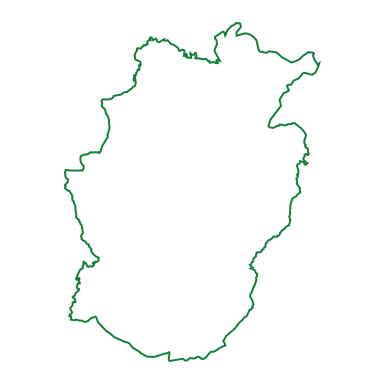 Bukama, Katanga, Democratic Republic of the Congo (Mercator projection)
{"feature_id": "63176286B12691977822681", "entity_name": "Bukama", "entity_type": "district", "adm_level": 2, "iso_a3": "COD", "parent_name": "Democratic Republic of the Congo", "parent_adm1": "Katanga", "projection": "mercator", "projection_center": [26.071, -8.833], "detail": "fine", "context": "isolated", "style": "outline", "palette": "green", "viewbox_px": 384, "rotation_deg": 0, "n_neighbors": 0, "source": "geoboundaries", "source_scale": "gbopen_adm2", "svg_char_len": 5817}
<svg xmlns="http://www.w3.org/2000/svg" viewBox="0 0 384 384"><path d="M304.2,160.7L303.2,158.5L304.7,156.3L304.6,154.7L306.6,154.0L307.5,155.0L308.0,155.0L308.6,154.6L308.7,153.6L308.1,152.0L307.9,148.7L305.4,147.0L305.0,146.2L305.8,145.0L304.5,143.7L304.3,140.3L306.1,135.7L305.3,133.4L301.8,128.8L294.5,123.0L292.5,123.2L291.3,124.1L287.9,124.2L285.6,125.4L279.8,124.5L278.9,125.7L277.1,125.8L275.3,127.2L274.5,127.2L273.3,127.9L269.8,127.4L268.4,126.0L270.4,119.7L281.0,105.8L279.6,99.6L283.6,93.2L287.6,91.5L288.8,90.4L286.9,85.9L288.1,84.9L290.8,84.8L293.8,80.6L298.6,78.4L303.0,73.2L305.0,72.9L312.1,74.8L315.4,72.6L318.4,66.3L319.1,63.6L318.0,64.7L317.3,64.6L317.1,63.2L315.4,61.7L313.0,55.9L313.2,54.6L313.8,54.2L313.5,52.8L308.6,52.1L302.6,56.1L300.4,58.6L295.7,61.2L291.3,62.5L281.6,56.9L276.6,52.5L268.9,51.3L266.6,52.8L263.8,52.4L262.6,51.8L260.2,51.7L259.4,51.1L258.5,49.3L256.4,40.0L253.6,37.0L250.8,35.0L247.6,33.7L245.0,33.4L236.6,35.7L236.5,32.4L240.9,26.9L240.3,23.7L239.0,23.1L238.0,23.4L236.2,23.0L233.6,25.2L231.6,25.9L227.0,30.7L226.2,33.7L225.2,35.5L224.5,32.6L222.8,31.6L215.0,36.9L215.0,38.6L216.5,40.2L217.0,44.2L214.9,48.8L214.6,51.2L219.8,60.8L217.4,59.8L216.7,60.1L216.3,60.7L218.0,62.9L217.3,63.2L215.6,63.0L213.2,61.8L211.9,62.5L209.7,62.7L209.4,61.0L208.3,61.2L206.1,59.0L202.1,59.2L199.0,58.4L195.9,58.5L195.1,57.9L195.3,57.3L196.5,56.7L196.6,55.4L196.1,54.7L195.7,52.8L194.9,53.3L194.2,54.8L191.9,54.7L190.4,53.1L190.3,54.0L191.1,55.5L191.2,57.9L188.7,57.8L187.9,57.1L186.8,57.5L186.4,57.1L186.8,54.5L186.3,53.9L185.5,54.0L185.1,56.1L183.8,55.9L184.5,51.0L183.9,50.1L181.6,49.9L180.6,50.7L179.1,50.7L177.8,47.7L173.4,44.6L171.3,44.2L167.6,40.2L165.0,40.8L164.3,40.4L164.3,39.2L159.3,42.1L157.2,41.4L156.4,39.1L155.5,38.6L153.4,40.1L152.5,40.1L152.2,38.4L151.5,37.4L150.5,37.4L149.8,37.9L150.2,40.4L148.8,40.2L147.3,41.7L147.2,42.6L147.8,43.8L147.0,44.7L146.1,44.6L145.4,45.5L143.8,45.0L143.0,46.4L141.9,46.8L140.8,48.7L138.6,48.2L137.0,48.7L136.9,50.8L135.5,52.6L134.6,56.0L135.2,57.6L134.9,58.5L135.4,59.5L140.2,61.7L140.8,64.3L140.4,65.4L139.3,64.9L138.9,65.7L139.4,66.8L139.3,69.8L138.6,70.0L138.0,69.5L137.6,70.0L137.2,71.7L136.2,72.8L135.7,75.5L134.6,75.1L134.0,75.6L134.3,77.2L133.5,79.4L133.9,80.4L135.1,78.2L135.8,82.9L134.9,85.8L133.0,86.9L131.2,89.1L130.3,89.2L129.3,90.4L128.4,90.7L127.3,92.0L125.5,92.0L123.2,92.9L121.0,94.6L114.7,95.7L113.5,96.3L112.7,98.0L110.5,99.1L107.2,99.5L103.0,99.3L102.0,99.8L101.6,101.0L102.2,103.6L101.8,105.3L102.1,106.5L104.6,109.0L105.6,111.3L105.9,114.0L107.1,114.7L109.1,119.7L109.0,123.2L109.6,127.6L108.4,132.4L107.4,134.2L107.8,136.8L102.0,146.4L100.8,151.0L99.5,152.9L98.4,152.1L97.5,152.7L95.9,152.1L91.6,152.6L90.7,152.1L87.7,154.2L84.8,154.5L81.0,155.9L80.3,158.1L80.7,161.6L81.7,163.8L83.7,166.1L83.5,168.9L82.5,170.5L71.7,170.6L65.6,170.0L64.9,173.1L65.5,174.8L65.2,175.9L66.6,178.4L68.1,179.6L67.5,182.4L64.9,185.1L65.7,186.3L65.0,187.1L65.1,188.2L65.7,189.2L66.9,189.6L68.2,190.9L69.3,191.0L72.2,195.4L72.5,200.3L73.3,200.6L75.4,206.6L75.5,210.7L76.4,215.1L76.0,216.9L77.7,219.2L78.6,219.4L79.4,221.8L80.0,222.0L80.5,224.2L81.8,225.5L82.9,233.2L81.3,235.3L81.1,236.8L81.9,238.3L81.6,239.1L83.1,240.5L85.3,241.5L87.0,244.0L88.7,244.4L89.0,246.4L91.3,249.0L91.1,250.2L91.7,252.3L93.0,253.4L93.7,254.7L96.5,256.9L98.6,257.5L98.8,258.0L98.4,259.4L98.6,260.3L98.0,261.2L96.9,261.9L95.0,261.7L94.5,262.0L94.8,263.0L94.4,263.4L93.0,262.8L92.8,263.3L93.9,264.8L92.4,266.6L90.3,266.2L88.2,266.9L87.4,266.3L86.0,263.3L84.9,263.0L83.8,261.7L83.4,262.3L83.7,264.7L82.6,266.1L82.9,268.1L82.5,268.6L80.4,269.3L78.1,273.7L76.0,278.8L76.9,279.9L78.6,278.0L79.3,278.1L79.5,279.0L78.8,280.9L79.9,283.0L79.6,283.5L78.0,283.3L77.6,283.7L77.3,285.9L76.7,286.9L77.2,288.3L78.9,288.9L79.1,289.8L75.4,293.4L74.7,295.7L72.8,296.7L72.7,297.5L74.9,299.0L75.5,301.7L74.8,302.4L73.9,301.8L72.6,302.5L72.6,305.4L70.5,307.7L70.2,308.5L72.0,312.3L71.7,313.2L69.6,314.9L69.3,316.2L71.2,316.4L70.9,319.6L74.7,320.3L76.1,319.6L80.1,320.7L81.8,320.5L83.7,321.7L85.9,321.8L87.8,321.1L91.3,318.0L95.4,316.6L96.2,317.3L98.0,322.2L106.5,331.3L108.3,332.2L114.6,337.3L124.6,341.8L127.4,342.4L129.9,343.9L132.2,347.3L139.7,351.9L140.3,352.8L146.8,356.5L152.4,356.9L155.2,356.7L164.3,353.7L167.1,353.3L169.1,352.2L169.5,353.3L168.7,359.2L169.0,360.4L169.9,361.0L182.4,358.8L183.1,358.9L184.6,360.2L185.9,360.6L188.0,359.9L190.2,358.0L193.8,358.6L198.2,356.7L199.7,357.2L201.3,358.7L202.7,359.0L204.1,358.7L206.5,356.8L209.7,352.7L211.7,351.6L213.3,351.8L215.4,350.9L220.7,347.4L225.3,345.5L224.4,342.7L223.2,341.3L225.9,336.3L235.1,328.3L239.1,322.8L242.2,320.3L243.9,317.9L246.8,315.9L249.6,309.8L250.9,309.6L252.9,307.3L252.2,306.4L253.4,304.6L252.4,300.4L250.2,296.9L250.1,294.5L251.6,292.8L251.9,291.2L252.4,290.8L252.6,289.3L253.9,286.8L253.7,286.0L254.9,284.8L256.4,279.6L256.0,277.6L256.9,276.5L257.1,273.7L255.6,272.6L255.4,271.5L254.5,270.1L253.9,270.0L253.4,269.2L250.9,268.4L252.5,267.4L251.2,266.7L250.0,264.8L250.9,264.5L251.7,262.5L252.7,261.9L253.3,260.2L253.4,258.5L255.8,256.6L256.3,253.2L256.9,252.4L259.1,252.4L261.4,251.6L261.7,250.2L263.5,249.0L264.2,247.4L265.1,247.0L265.7,245.1L265.6,243.8L268.3,240.4L269.3,239.8L270.3,239.8L272.7,237.7L273.4,236.5L276.9,236.9L277.4,235.7L278.5,235.7L279.7,234.5L280.1,232.9L281.6,231.0L283.2,229.5L284.2,229.3L285.5,227.3L286.7,226.3L288.7,225.5L289.2,224.8L290.2,220.5L289.9,218.1L289.2,216.8L290.0,214.4L290.5,204.3L292.6,198.1L295.5,196.9L298.1,194.0L300.2,192.6L300.3,191.8L299.7,190.0L300.0,188.4L299.6,187.4L296.8,183.9L297.1,181.1L296.3,178.4L297.9,176.5L297.9,175.4L297.0,174.7L298.3,173.5L298.4,170.3L296.9,165.6L297.8,164.1L299.4,163.5L300.0,162.7L300.2,161.1L303.8,162.3L304.6,164.4L305.5,164.8L307.4,163.2L306.3,162.8L305.6,161.6L304.2,160.7Z" fill="none" stroke="#15803d" stroke-width="2"/></svg>